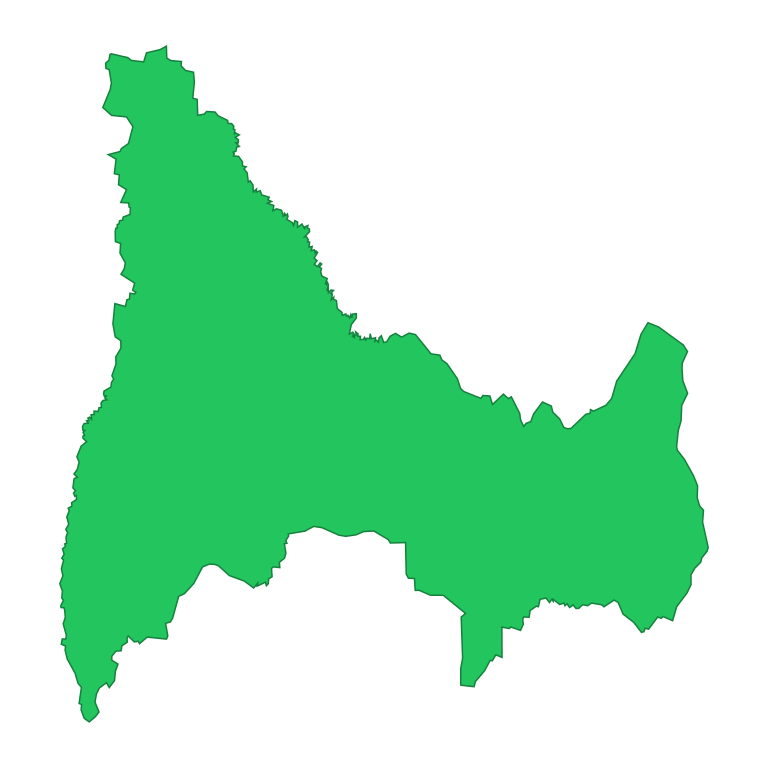 Na Bon, Nakhon Si Thammarat, Thailand (Equal Earth projection)
{"feature_id": "78962969B4441489097555", "entity_name": "Na Bon", "entity_type": "district", "adm_level": 2, "iso_a3": "THA", "parent_name": "Thailand", "parent_adm1": "Nakhon Si Thammarat", "projection": "equal_earth", "projection_center": [99.547, 8.282], "detail": "fine", "context": "isolated", "style": "filled", "palette": "green", "viewbox_px": 768, "rotation_deg": 0, "n_neighbors": 0, "source": "geoboundaries", "source_scale": "gbopen_adm2", "svg_char_len": 6028}
<svg xmlns="http://www.w3.org/2000/svg" viewBox="0 0 768 768"><path d="M227.6,120.4L218.1,115.8L215.0,112.0L206.5,111.5L204.4,114.1L197.7,115.3L197.2,99.4L192.8,98.2L194.4,82.0L193.5,72.2L185.4,70.4L181.1,65.8L181.4,61.5L171.0,60.6L166.8,58.2L166.4,46.1L160.2,49.6L146.5,52.8L143.7,61.9L131.2,60.4L128.0,57.7L111.3,53.8L110.0,54.4L108.9,60.3L105.7,63.1L105.9,68.4L109.2,69.6L111.4,83.2L110.1,89.8L102.8,107.5L111.6,115.4L126.5,116.9L132.9,126.6L128.5,143.5L121.4,148.5L120.1,151.5L108.3,154.6L116.1,159.2L114.3,173.7L119.3,174.8L118.5,184.7L126.5,189.6L120.7,202.5L128.7,202.9L129.1,207.1L130.4,207.8L130.0,214.4L123.2,217.1L122.6,220.2L119.6,220.7L118.9,223.9L117.2,224.5L117.2,227.9L115.8,228.3L115.2,231.4L115.4,241.6L120.6,243.5L120.0,253.2L125.3,262.8L124.3,268.6L121.0,274.3L134.6,283.1L132.7,290.3L135.9,292.3L134.6,294.0L130.0,293.2L129.4,299.1L126.9,299.7L125.4,306.5L114.9,303.6L112.9,323.8L115.2,336.8L120.8,340.7L120.9,348.2L115.8,356.9L116.0,364.0L111.9,375.8L113.7,379.0L111.5,382.4L110.9,387.1L104.0,391.1L103.6,394.3L104.4,396.3L106.2,396.0L104.9,398.0L106.8,399.8L102.9,400.5L101.1,402.8L101.5,407.4L99.0,407.7L98.2,411.5L94.0,411.1L94.2,414.5L91.1,414.7L91.6,419.3L89.6,417.2L87.9,418.1L88.8,420.7L86.6,420.8L88.2,423.3L84.2,423.5L82.5,426.5L83.0,430.5L84.7,430.5L83.1,432.5L84.6,435.5L83.0,436.1L83.0,438.2L86.6,441.7L81.1,446.2L76.9,456.8L79.1,462.0L77.4,469.2L74.0,474.0L77.4,477.3L74.1,478.6L72.9,487.9L75.5,490.7L73.5,493.1L74.8,496.3L76.2,495.5L76.6,499.4L71.6,502.7L71.9,506.1L68.2,508.2L69.3,510.5L66.8,517.0L68.7,524.2L65.8,529.5L67.6,532.4L66.0,537.3L66.6,543.4L64.7,543.9L65.4,546.5L62.5,548.8L64.1,554.2L61.8,558.3L63.6,560.1L61.4,568.7L62.9,575.8L59.8,583.7L62.4,591.0L61.8,598.2L63.4,600.3L60.7,606.0L61.1,607.6L64.0,607.7L64.7,610.5L65.3,617.3L63.2,623.8L66.3,635.1L65.9,639.0L62.2,639.0L61.3,644.3L65.5,645.9L65.1,650.1L67.2,658.9L75.1,673.3L78.0,683.2L81.4,687.4L79.1,703.5L81.6,704.5L81.1,709.8L84.2,718.3L89.2,721.9L95.5,716.6L99.0,712.0L95.0,702.1L96.5,693.7L99.4,688.0L106.5,682.7L109.2,687.6L114.5,680.6L115.4,671.2L118.0,664.1L111.8,660.2L111.8,656.2L116.0,651.1L121.1,650.8L121.9,645.8L127.3,642.2L127.0,637.6L128.2,636.0L134.3,641.9L138.3,641.3L139.5,643.7L147.2,637.1L166.5,639.1L167.8,635.9L165.6,623.3L170.4,622.0L172.6,618.2L178.7,596.3L184.5,593.6L193.7,583.6L202.6,566.9L209.5,564.1L214.8,564.4L218.6,565.9L229.4,575.6L244.4,581.1L253.7,588.0L257.7,583.1L257.2,586.1L265.4,582.2L266.4,585.7L268.3,583.7L268.6,579.0L272.1,576.7L271.5,568.4L273.4,566.9L279.8,567.6L279.4,562.3L284.5,558.2L285.9,553.1L284.4,543.7L286.9,543.3L285.8,540.4L288.6,536.2L288.3,533.9L305.0,531.1L313.7,526.4L322.1,527.7L338.9,535.2L345.8,536.3L356.2,534.8L363.5,531.6L373.8,531.0L388.3,539.6L390.3,543.0L405.6,542.6L406.2,574.0L408.4,578.2L414.5,578.5L415.2,590.4L419.1,590.3L430.4,595.2L443.3,595.3L465.5,613.4L461.2,617.1L462.6,658.2L460.7,668.7L460.8,685.2L474.1,686.7L475.4,681.6L484.7,670.6L490.2,660.3L492.3,660.8L495.9,654.8L502.0,657.4L501.9,627.2L509.4,628.5L510.8,627.0L520.5,630.4L523.3,624.3L522.7,619.3L523.8,616.9L529.1,617.3L530.1,610.6L536.3,606.2L538.4,606.7L540.1,599.3L546.0,598.1L549.5,602.5L551.9,599.2L553.2,601.2L553.4,599.5L559.7,604.5L564.0,603.1L564.9,605.7L567.1,603.9L569.6,607.5L573.2,605.0L576.0,608.5L578.7,608.4L582.7,604.7L587.6,605.7L591.6,603.1L601.7,604.8L604.0,606.8L614.0,600.1L618.1,602.4L623.1,614.1L633.8,622.4L641.5,632.4L643.9,631.7L645.2,628.2L648.6,629.2L657.7,617.0L661.3,618.3L663.0,616.5L672.6,620.7L676.7,606.7L687.0,593.0L691.0,584.7L691.0,574.8L694.8,568.2L700.7,562.3L701.8,557.9L707.1,551.2L708.2,547.4L702.6,522.1L703.5,510.2L699.7,506.1L697.2,498.0L697.6,485.9L693.5,475.7L684.4,459.3L677.4,450.3L676.6,446.7L678.3,430.5L681.1,420.7L681.7,405.5L687.6,393.4L682.8,380.5L682.0,368.3L682.3,363.1L687.5,351.5L683.2,344.9L658.8,327.1L648.0,322.7L641.0,334.3L635.1,353.6L616.7,381.1L611.7,398.4L606.0,405.2L593.5,411.1L590.5,409.6L590.2,413.2L585.8,414.3L571.1,428.3L567.9,428.8L563.9,427.6L559.6,418.8L552.8,412.2L551.3,406.0L542.5,402.0L533.5,414.1L530.8,421.6L526.2,423.3L523.7,426.4L520.6,419.9L519.7,413.3L511.3,396.8L508.4,398.6L503.4,394.1L492.5,404.5L489.9,396.0L482.9,395.5L481.0,398.4L463.7,391.5L460.6,388.5L457.4,378.8L447.0,363.7L441.9,360.0L439.8,355.1L431.0,353.8L415.5,334.6L409.2,333.1L401.6,337.1L395.5,333.4L390.2,336.2L386.7,341.8L383.7,342.5L381.3,335.7L379.1,337.9L378.4,342.1L376.3,340.1L374.9,341.2L375.5,337.7L371.4,338.8L370.2,333.7L369.7,338.5L366.6,338.3L365.8,340.0L364.5,337.4L363.5,339.4L360.1,339.7L360.5,336.3L357.9,336.2L358.0,333.8L355.7,331.9L356.3,334.9L354.5,335.4L354.4,337.6L352.4,336.2L354.1,334.0L352.9,332.2L349.3,334.0L351.3,324.6L356.4,317.9L356.2,313.6L352.5,314.1L351.9,317.8L350.8,314.6L349.7,318.0L347.9,315.3L346.4,316.2L345.8,313.9L342.2,315.4L342.0,312.4L337.3,308.6L336.4,300.6L333.4,299.1L333.7,297.3L331.3,299.7L332.4,294.1L330.7,293.5L333.5,290.4L331.1,290.0L328.4,292.6L328.3,288.6L326.7,290.9L328.4,285.0L327.5,282.5L326.4,284.6L325.4,283.7L327.2,278.6L321.9,276.1L320.7,271.6L321.5,268.6L319.3,267.1L321.7,264.1L320.1,262.9L317.5,266.6L314.3,264.4L317.0,260.6L314.1,258.2L317.6,252.5L316.1,251.1L315.2,252.9L314.4,249.9L311.2,250.6L312.2,246.4L309.0,247.2L309.6,242.1L307.5,241.8L308.3,239.8L306.3,236.5L304.6,236.8L309.6,231.7L309.3,229.0L307.2,227.7L307.9,225.6L304.8,226.8L304.8,229.3L302.0,224.0L297.6,227.3L297.6,222.0L294.9,220.6L293.5,225.4L292.4,222.7L286.7,219.3L288.0,216.6L287.4,214.0L286.0,215.6L284.2,212.5L284.5,215.4L283.2,216.3L281.5,210.2L276.4,208.8L273.0,210.7L273.8,205.5L267.5,203.3L271.6,201.5L267.9,199.8L269.2,197.2L261.7,194.9L260.2,190.7L256.2,192.1L256.5,189.1L253.3,191.9L253.0,185.1L250.1,180.8L248.3,182.1L247.2,172.9L244.0,168.9L246.1,166.8L242.4,165.9L242.5,161.9L238.6,156.4L233.4,155.9L234.3,153.8L233.1,152.2L235.9,151.3L236.7,147.0L239.3,146.5L235.9,142.8L238.1,143.0L238.4,139.7L235.2,137.3L239.3,134.9L234.9,132.6L234.3,134.6L234.9,129.7L233.3,128.9L233.8,126.3L231.7,123.6L228.1,123.4L227.6,120.4Z" fill="#22c55e" stroke="#15803d" stroke-width="1.5"/></svg>